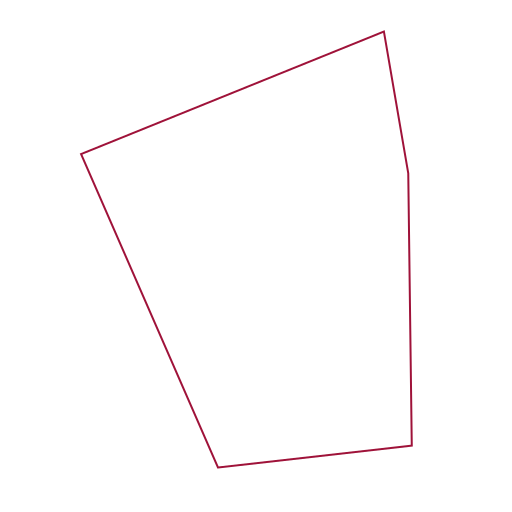 outline of Beau Bassin-Rose Hill, rotated 173°
{"feature_id": "MUS-5181", "entity_name": "Beau Bassin-Rose Hill", "entity_type": "City", "adm_level": 1, "iso_a3": "MUS", "parent_name": "Mauritius", "parent_adm1": "", "projection": "equal_earth", "projection_center": [57.468, -20.238], "detail": "fine", "context": "isolated", "style": "outline", "palette": "rose", "viewbox_px": 512, "rotation_deg": 173, "n_neighbors": 0, "source": "natural_earth", "source_scale": "10m", "svg_char_len": 235}
<svg xmlns="http://www.w3.org/2000/svg" viewBox="0 0 512 512"><g transform="rotate(173 256 256)"><path d="M101.7,463.2L94.8,319.5L124.5,48.8L319.5,50.7L417.2,378.5L101.7,463.2Z" fill="none" stroke="#9f1239" stroke-width="2"/></g></svg>